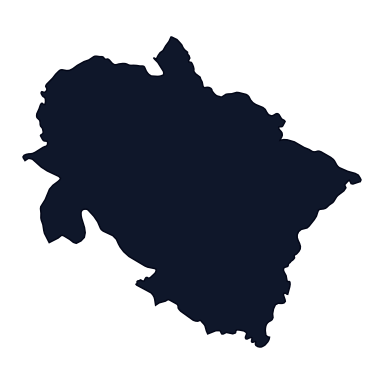 an SVG outline of Uttarakhand
{"feature_id": "IND-3254", "entity_name": "Uttarakhand", "entity_type": "State", "adm_level": 1, "iso_a3": "IND", "parent_name": "India", "parent_adm1": "", "projection": "mercator", "projection_center": [79.21, 30.097], "detail": "fine", "context": "isolated", "style": "filled", "palette": "ink", "viewbox_px": 384, "rotation_deg": 0, "n_neighbors": 0, "source": "natural_earth", "source_scale": "10m", "svg_char_len": 5602}
<svg xmlns="http://www.w3.org/2000/svg" viewBox="0 0 384 384"><path d="M283.6,139.6L287.2,139.8L294.4,141.9L304.1,147.5L309.1,149.5L312.3,151.5L314.0,151.9L315.9,151.7L317.4,151.2L318.9,151.1L321.0,151.8L330.6,157.3L333.4,159.5L334.6,161.1L336.6,164.8L337.8,166.4L339.2,167.6L347.6,171.3L355.1,173.4L358.3,175.1L360.3,178.3L361.0,179.9L360.2,181.7L359.5,181.8L352.9,184.0L351.1,183.6L350.2,181.6L349.2,180.2L347.7,181.4L345.9,183.4L344.6,184.8L345.9,187.8L343.9,190.8L338.0,195.3L336.6,196.8L333.7,201.5L332.7,202.6L329.2,205.0L326.6,207.5L325.4,208.3L323.5,208.9L320.0,209.3L318.5,210.1L317.7,212.1L316.4,216.2L314.2,219.7L309.1,226.1L307.1,227.9L301.2,229.4L298.6,231.6L297.2,234.7L297.2,237.6L298.1,240.4L299.5,243.4L300.4,246.4L300.2,248.9L299.0,251.2L296.8,253.7L296.3,254.1L295.0,254.8L294.5,255.2L294.2,256.0L294.3,256.7L294.5,257.3L294.5,257.9L293.8,258.9L293.0,259.8L291.0,261.3L290.1,262.5L289.2,263.1L288.5,263.9L288.2,265.3L287.7,266.4L284.8,267.3L283.7,268.1L283.4,270.1L284.1,272.0L286.1,275.7L286.9,280.2L287.4,281.4L288.2,281.6L289.2,281.5L289.9,282.1L290.1,284.3L289.7,286.9L287.7,294.3L286.8,294.1L285.5,293.1L283.9,293.3L283.4,294.9L285.0,299.6L285.3,301.4L284.0,302.9L282.1,303.4L280.1,303.4L278.4,303.2L275.4,304.7L273.5,308.9L272.6,313.9L273.0,317.6L272.1,319.6L270.7,320.7L269.1,321.5L267.5,322.8L266.3,324.6L265.7,326.5L265.4,328.5L265.3,330.8L265.9,335.3L267.7,336.8L269.5,337.2L269.2,338.9L268.7,340.2L267.8,341.8L265.1,344.9L263.7,345.8L262.4,346.5L261.1,347.0L259.6,347.0L257.8,346.6L255.9,345.4L255.4,344.2L255.5,343.0L255.9,342.1L255.6,341.5L254.4,341.7L253.2,342.2L252.1,342.3L251.5,341.5L251.6,340.3L252.0,338.9L251.9,337.9L251.2,337.5L249.9,337.7L247.1,339.0L246.0,338.9L245.4,337.9L245.5,336.8L246.4,334.5L246.7,333.3L245.8,332.1L243.9,330.9L239.1,330.0L237.1,329.9L235.8,330.6L235.8,331.3L235.7,332.1L235.4,332.9L232.8,333.8L226.3,332.4L224.2,333.5L223.1,334.0L221.9,334.0L221.1,332.8L220.6,331.5L219.7,330.6L215.8,330.7L207.7,333.9L206.4,330.9L205.0,325.8L204.4,324.8L203.5,323.7L202.0,322.1L201.3,321.2L200.5,320.4L199.6,320.4L198.7,320.9L197.5,321.2L195.5,321.0L193.2,320.2L180.8,311.3L179.3,309.7L178.3,308.3L178.1,307.2L178.1,306.1L177.7,305.0L176.9,304.1L169.5,300.0L168.3,299.6L167.7,299.7L165.4,301.1L159.2,302.8L155.6,305.2L154.7,299.2L154.1,297.1L152.8,294.8L151.0,292.8L136.7,285.1L136.0,284.3L136.1,284.1L137.2,283.5L137.2,282.8L137.0,282.1L137.1,281.5L137.6,281.0L139.4,280.6L140.1,280.1L140.6,279.9L141.2,280.2L142.1,280.8L143.2,281.1L144.1,280.9L145.3,278.5L146.0,277.6L146.9,277.4L147.5,277.6L148.2,278.1L149.1,278.2L150.3,277.6L154.9,273.3L155.7,272.0L156.1,270.6L156.2,269.5L154.9,268.6L147.6,267.1L145.0,266.0L129.0,256.5L123.7,251.7L120.2,247.1L118.5,244.0L116.4,239.3L112.8,235.6L103.2,231.1L101.3,229.6L100.4,228.2L97.7,221.9L93.9,216.3L88.2,210.1L87.2,209.4L86.3,209.2L84.8,209.1L83.2,209.5L82.2,210.1L81.5,211.1L81.0,212.6L81.1,215.5L81.6,218.1L84.5,227.6L85.2,232.7L84.3,237.4L81.0,240.9L76.3,243.3L74.1,242.6L73.2,242.2L69.7,239.4L64.1,236.0L62.5,235.3L61.2,235.5L58.2,238.0L49.2,242.6L44.5,233.4L43.8,230.5L42.9,224.6L41.3,220.0L40.9,218.0L41.0,213.2L40.5,208.7L40.8,206.7L45.2,199.6L49.5,189.2L52.9,185.3L58.0,181.5L59.9,179.7L60.5,178.2L58.8,176.4L47.2,170.9L41.3,167.1L32.5,159.2L30.0,158.5L28.3,158.4L25.0,160.6L24.6,159.9L23.3,157.9L23.0,156.9L24.1,155.3L26.2,154.4L28.7,153.9L30.8,153.8L32.8,153.4L35.2,152.3L43.0,147.4L45.3,146.4L46.3,146.3L47.4,144.8L47.6,143.6L47.6,142.6L47.5,141.9L47.0,141.3L46.0,141.1L44.6,141.0L43.5,140.6L42.7,139.7L40.5,135.7L40.7,135.1L42.5,133.9L43.1,132.9L43.2,131.8L42.6,128.9L42.2,128.0L40.6,126.1L40.2,124.6L40.1,122.2L39.7,120.3L37.0,117.6L36.6,116.0L36.8,113.9L39.1,108.8L40.4,105.0L41.4,103.4L42.2,103.3L43.1,104.1L43.6,104.5L44.9,104.5L45.5,102.0L45.4,99.2L45.0,98.0L44.3,97.2L43.3,96.7L42.4,95.8L41.2,93.6L41.2,92.3L41.8,91.7L42.7,91.9L43.7,92.3L44.5,92.3L45.4,91.9L46.3,90.9L46.9,89.6L46.8,88.5L45.7,86.4L46.0,85.3L46.7,84.2L52.6,78.2L55.7,74.2L58.8,71.1L60.0,70.2L61.1,69.8L62.2,69.8L66.6,70.6L68.5,70.5L69.7,70.3L72.7,68.8L77.3,65.4L84.1,61.6L88.8,60.0L93.7,56.7L95.0,56.2L96.5,56.2L100.0,56.7L102.0,56.7L103.0,57.0L103.7,57.6L104.2,58.5L105.2,59.2L106.2,59.3L107.5,59.0L108.4,59.3L109.3,60.0L112.3,63.4L114.0,64.5L115.0,64.8L116.8,64.6L118.8,64.0L122.9,63.5L125.2,63.6L126.9,64.1L128.0,64.7L129.8,65.3L131.3,65.4L133.3,65.3L136.8,65.5L139.8,66.0L142.3,66.0L143.7,66.3L144.5,67.1L146.3,71.2L147.7,73.2L148.9,74.5L151.2,76.0L157.5,76.4L158.8,76.3L160.3,76.1L163.4,75.0L163.8,73.1L163.4,71.3L160.5,66.7L157.8,62.4L154.7,59.3L154.0,58.4L153.5,57.7L156.3,59.1L158.2,55.4L160.1,52.7L163.0,50.6L165.6,46.0L169.0,41.4L171.0,37.0L171.7,37.0L177.0,39.6L179.6,42.4L181.7,44.8L183.0,47.6L184.5,49.7L187.5,52.2L187.6,54.2L189.0,55.7L189.8,58.1L188.5,60.6L188.9,61.9L191.4,62.5L192.4,64.2L193.4,66.7L193.9,69.0L193.8,71.3L195.5,73.7L200.1,77.2L200.7,79.2L201.7,81.1L202.2,82.1L202.9,85.8L203.5,87.3L204.8,87.7L206.4,87.4L207.9,87.3L209.4,87.6L210.9,88.4L211.3,88.9L211.7,89.4L211.9,90.0L212.0,90.7L213.0,92.2L214.4,93.9L216.1,95.4L217.5,96.1L219.7,96.6L220.8,97.1L222.0,96.9L226.0,94.3L227.8,94.0L231.7,93.8L236.7,92.4L238.8,92.6L246.0,94.4L247.6,95.3L248.9,96.7L250.6,100.0L252.8,102.6L254.0,103.4L254.4,103.7L255.9,104.6L262.9,107.5L265.2,109.4L266.7,112.2L268.5,114.7L271.4,115.9L273.1,115.5L276.2,113.7L277.8,113.7L279.0,114.6L281.6,118.9L284.4,120.5L285.1,121.5L282.7,126.0L282.0,126.6L281.2,126.7L280.2,126.7L279.3,126.8L278.7,127.3L278.8,128.7L279.8,130.1L281.1,131.5L282.0,132.9L282.3,135.1L281.8,136.8L280.9,138.4L280.0,140.4L283.6,139.6Z" fill="#0f172a" stroke="#020617" stroke-width="1.5"/></svg>